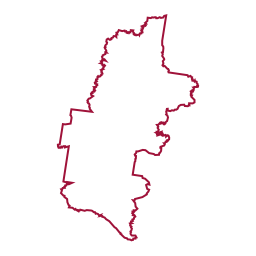 Corangamite, Victoria, Australia (Robinson projection)
{"feature_id": "25037944B62573329843514", "entity_name": "Corangamite", "entity_type": "district", "adm_level": 2, "iso_a3": "AUS", "parent_name": "Australia", "parent_adm1": "Victoria", "projection": "robinson", "projection_center": [143.247, -38.216], "detail": "fine", "context": "isolated", "style": "outline", "palette": "rose", "viewbox_px": 256, "rotation_deg": 0, "n_neighbors": 0, "source": "geoboundaries", "source_scale": "gbopen_adm2", "svg_char_len": 5775}
<svg xmlns="http://www.w3.org/2000/svg" viewBox="0 0 256 256"><path d="M106.3,50.7L106.3,51.6L105.7,51.9L106.6,52.7L105.3,52.7L105.3,54.1L102.7,55.3L102.5,56.4L102.0,56.8L102.6,58.6L102.2,59.8L103.2,59.9L103.5,59.3L104.2,60.0L104.6,59.5L105.6,60.7L103.5,59.9L102.5,61.0L101.0,61.3L102.0,62.8L100.7,63.3L102.0,63.7L102.4,65.3L102.8,65.6L104.1,64.8L105.0,65.6L102.6,68.6L103.3,69.1L101.0,70.0L101.7,70.7L101.3,71.8L101.9,72.0L102.5,73.7L101.3,74.4L101.5,75.1L100.4,75.6L100.3,76.3L98.8,76.8L98.1,76.1L97.4,76.9L97.5,79.0L96.6,79.4L96.0,80.5L96.9,81.3L95.9,82.1L95.7,81.6L95.6,82.2L94.8,82.6L95.0,83.6L97.1,84.3L96.7,85.0L97.1,85.3L96.1,86.2L96.1,86.9L93.9,87.1L94.7,88.2L94.0,89.0L94.4,89.6L93.8,89.5L93.8,90.2L94.4,90.2L94.0,91.1L94.7,91.1L94.4,91.6L93.2,91.5L92.0,92.3L92.5,93.0L91.0,93.6L91.2,95.0L93.1,96.1L89.8,98.5L88.7,98.7L87.4,100.5L88.0,101.3L87.5,102.2L88.3,103.4L89.0,103.5L89.6,104.9L89.1,106.8L89.8,107.6L89.7,108.8L92.0,111.8L71.4,109.3L70.4,115.2L71.0,115.7L71.6,117.7L70.6,123.6L65.2,124.4L62.9,124.1L59.7,144.4L57.9,144.7L58.0,146.5L58.5,147.6L59.1,147.2L60.0,147.9L61.2,146.7L62.0,147.6L63.3,146.2L65.1,146.2L65.0,147.4L68.8,146.3L63.4,181.5L66.9,182.5L67.0,182.0L72.1,182.8L68.8,184.3L66.8,184.0L66.4,185.3L65.2,185.5L65.3,186.3L64.4,186.7L64.8,187.8L62.7,188.0L62.3,189.1L61.2,189.3L61.9,190.5L61.0,193.1L63.4,195.6L64.5,195.8L64.4,197.0L67.1,199.0L67.4,202.2L68.5,204.9L69.6,205.7L68.9,207.4L72.6,207.8L74.6,209.6L75.5,209.0L75.8,209.7L77.2,210.0L77.5,210.4L77.2,210.5L78.4,211.2L78.5,210.2L79.6,210.6L80.2,209.7L84.7,210.8L86.7,210.1L91.1,210.5L92.4,210.9L93.6,212.1L94.9,212.1L95.6,213.6L96.1,213.3L98.1,214.1L98.5,214.8L98.0,215.3L98.9,214.9L99.7,215.4L100.5,215.1L100.2,215.5L100.7,215.3L100.6,215.8L101.4,215.5L102.3,216.0L102.2,216.7L104.6,217.5L106.1,219.2L109.3,221.2L114.5,227.2L116.1,228.2L119.7,232.7L120.4,232.8L120.5,234.0L121.4,234.2L121.5,234.8L124.6,237.7L127.0,238.3L127.6,239.3L130.2,239.6L132.0,240.6L131.6,240.2L133.0,239.9L133.3,238.6L135.4,238.6L135.4,237.8L136.5,237.5L135.4,235.5L131.8,235.5L130.8,234.4L130.5,233.1L131.0,232.2L130.5,231.4L131.3,230.6L131.9,228.6L131.0,227.5L131.5,226.6L130.2,225.6L130.5,224.9L129.9,223.5L131.8,223.2L130.8,222.5L131.0,221.4L132.9,220.9L132.4,219.5L133.9,218.9L134.1,217.5L135.3,216.6L134.6,215.4L133.1,215.2L133.6,214.5L132.4,213.5L132.8,213.1L132.5,212.4L133.4,212.2L132.9,211.4L134.1,211.2L133.9,210.3L135.4,210.5L137.4,208.7L135.6,206.6L135.2,203.1L133.1,200.3L134.5,200.5L135.0,199.0L142.4,197.1L146.8,194.4L146.7,193.5L148.4,191.5L149.1,189.7L147.2,188.9L146.1,185.0L147.5,184.1L149.4,184.6L148.9,182.3L145.1,178.7L142.6,178.0L142.2,176.1L132.7,174.7L134.7,162.0L135.3,161.2L135.3,159.0L135.8,158.7L136.0,156.0L135.2,155.8L134.7,154.5L136.1,153.0L136.4,151.4L138.1,151.4L142.7,149.9L145.5,150.2L149.1,153.1L153.8,154.0L155.0,155.0L159.0,154.8L159.2,153.2L160.0,152.8L161.1,150.9L161.3,148.2L160.3,147.8L160.5,146.8L164.2,145.5L164.8,144.2L164.1,143.3L164.8,143.3L165.5,142.1L164.8,141.6L166.5,141.9L166.7,140.9L167.2,141.3L168.0,140.7L168.3,140.2L168.0,139.9L169.1,139.3L169.2,137.6L168.5,135.7L167.8,135.3L166.2,136.5L166.3,135.4L165.4,135.4L165.3,135.0L162.8,135.8L162.0,135.4L161.4,134.9L162.9,134.6L163.3,135.1L163.1,134.2L163.4,134.2L162.1,133.7L162.4,133.2L162.0,132.7L161.0,133.1L161.5,131.8L159.2,132.5L159.2,133.3L160.1,133.8L160.0,134.6L157.8,135.3L158.2,134.3L157.0,134.4L157.1,133.4L156.3,132.9L157.0,132.8L156.7,131.8L157.7,131.8L158.8,129.8L157.6,127.9L158.3,126.8L157.0,124.9L158.3,124.8L159.6,123.3L159.9,123.8L160.8,123.7L161.5,123.0L161.2,122.3L161.7,122.2L162.4,123.0L163.0,122.8L162.9,123.4L163.8,124.3L164.5,124.3L165.3,123.5L164.8,122.9L167.1,121.0L168.0,117.4L167.3,115.4L166.1,114.5L166.6,113.6L166.2,111.6L166.9,110.5L166.6,110.1L166.9,108.9L167.7,108.8L167.7,110.1L168.2,110.7L170.3,111.1L171.9,110.3L173.8,110.6L174.9,109.6L176.2,109.7L177.5,108.9L178.8,106.1L180.8,104.9L184.2,104.7L184.8,106.0L187.8,106.2L188.7,105.7L188.8,104.9L189.4,105.1L189.2,103.3L192.7,103.4L194.5,102.4L194.5,99.9L191.3,96.7L192.0,95.4L190.8,95.1L190.8,93.8L191.3,92.8L190.7,91.4L191.4,90.9L191.9,92.1L192.4,90.5L193.1,91.2L193.7,90.0L193.8,88.1L193.4,87.6L194.2,87.6L194.3,86.9L197.1,87.0L198.0,86.7L198.1,85.8L197.2,85.5L197.7,84.2L196.5,82.7L196.6,81.7L195.1,81.2L194.9,80.5L194.4,81.4L193.7,80.5L192.4,80.7L192.2,80.0L192.8,79.9L192.4,78.7L191.9,78.5L192.1,77.3L191.4,77.2L190.5,75.9L188.3,76.7L187.6,75.2L168.6,72.4L168.3,71.7L168.9,70.4L168.2,69.0L167.5,68.9L164.7,66.0L163.9,65.7L163.3,66.2L162.5,65.3L163.4,63.3L162.8,61.2L164.2,59.5L164.1,58.7L162.2,55.9L162.8,54.2L162.3,53.2L162.7,52.7L162.2,52.3L163.0,51.9L163.4,48.2L163.2,46.5L162.2,45.2L162.2,40.8L166.2,15.4L164.2,15.9L163.2,17.5L160.9,17.9L159.8,17.2L157.5,18.2L156.2,18.2L156.0,17.4L155.2,17.2L153.0,17.6L152.1,17.3L150.9,18.1L147.7,17.7L147.3,21.0L145.4,22.7L146.0,23.5L145.5,23.5L145.8,23.9L145.3,24.3L145.8,25.4L145.3,25.9L144.2,25.4L143.8,26.2L143.2,25.7L142.2,26.1L143.2,26.6L142.4,27.1L143.3,27.6L142.5,29.4L141.8,29.3L142.2,30.7L142.9,31.0L141.4,30.8L141.7,31.5L142.3,31.4L142.5,32.4L141.4,32.7L141.3,33.4L140.0,33.4L139.4,35.1L139.1,34.5L136.2,35.3L135.8,34.6L134.9,35.0L134.0,34.5L134.2,33.8L133.6,33.6L133.9,32.9L132.7,31.5L133.2,30.4L131.2,30.2L131.4,30.7L130.2,31.5L130.3,32.3L129.7,32.3L129.0,33.1L128.2,32.1L127.3,32.2L127.8,32.5L127.4,33.0L126.5,32.7L126.2,31.2L124.9,31.4L124.6,30.6L122.2,31.1L118.8,30.1L117.7,32.4L116.7,32.6L117.1,33.9L116.6,33.7L116.8,34.6L116.2,34.8L116.3,36.9L115.5,36.2L113.6,36.1L113.0,37.5L111.5,38.0L111.1,38.6L111.4,39.1L110.6,39.7L109.7,39.8L108.1,38.6L106.7,39.5L106.3,41.7L107.1,42.5L106.7,44.1L105.7,44.9L105.2,45.8L105.5,46.9L104.9,46.9L104.6,47.6L106.3,50.7ZM99.1,215.7L99.7,215.6L99.8,215.5L99.4,215.5L99.1,215.7Z" fill="none" stroke="#9f1239" stroke-width="2"/></svg>